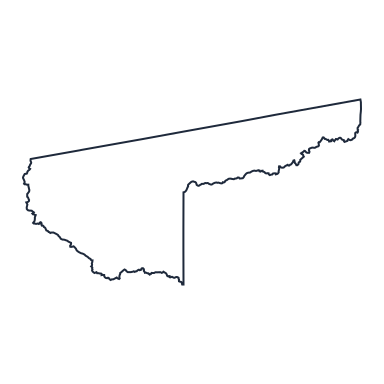 the district of Rio Maria, Pará, Brazil
{"feature_id": "56859067B51957769072993", "entity_name": "Rio Maria", "entity_type": "district", "adm_level": 2, "iso_a3": "BRA", "parent_name": "Brazil", "parent_adm1": "Pará", "projection": "albers", "projection_center": [-49.844, -7.37], "detail": "fine", "context": "isolated", "style": "outline", "palette": "slate", "viewbox_px": 384, "rotation_deg": 0, "n_neighbors": 0, "source": "geoboundaries", "source_scale": "gbopen_adm2", "svg_char_len": 5965}
<svg xmlns="http://www.w3.org/2000/svg" viewBox="0 0 384 384"><path d="M38.8,224.0L39.6,223.5L39.8,222.6L40.7,222.2L41.3,222.7L41.6,223.7L41.4,224.6L41.8,225.6L42.7,225.5L43.5,226.1L43.9,227.0L44.7,227.4L45.3,228.0L46.3,230.4L48.0,231.1L48.6,232.0L49.6,232.2L50.3,233.0L51.6,232.5L53.4,232.5L56.6,234.1L58.0,235.0L58.6,236.1L59.4,236.7L60.0,237.4L60.7,238.7L61.6,239.2L62.6,239.6L63.6,239.6L64.7,239.8L65.7,240.2L67.5,240.8L68.2,241.5L70.0,242.4L71.0,242.8L71.1,243.8L70.7,244.9L70.1,245.8L70.3,246.8L71.4,246.9L72.7,246.6L73.6,246.3L74.7,247.3L76.0,248.8L76.4,249.9L77.0,250.7L77.6,251.2L78.7,252.0L81.2,253.3L82.3,253.5L83.5,254.0L84.7,254.7L85.5,255.6L87.7,256.9L89.0,258.2L90.5,258.9L90.8,259.7L91.6,260.4L92.5,260.4L92.3,262.1L91.8,263.4L92.1,264.5L91.9,265.8L91.2,266.4L92.3,267.5L92.1,268.5L92.5,269.4L92.0,270.2L92.5,271.4L93.6,272.4L94.5,273.0L96.5,272.2L97.1,273.2L98.6,273.2L99.7,273.5L101.0,273.5L101.7,274.1L101.6,275.1L102.7,274.9L104.2,275.0L104.3,276.4L104.8,277.2L105.9,278.0L107.2,278.2L108.0,277.7L109.2,278.4L109.5,279.2L110.7,280.0L111.6,279.4L113.3,279.3L114.3,278.8L115.8,278.0L116.7,277.5L117.4,278.3L119.1,279.0L119.7,278.4L119.4,277.5L119.4,276.5L119.6,275.2L120.1,274.3L120.2,273.0L121.3,272.2L123.3,270.4L124.5,269.5L125.6,270.0L126.5,271.2L127.7,272.1L129.0,272.1L130.1,272.1L131.0,272.1L132.2,271.8L133.0,271.7L133.8,271.3L134.7,271.9L135.6,271.4L136.6,271.3L137.3,270.6L138.0,270.1L138.9,269.7L139.6,270.2L140.5,270.0L141.4,269.6L141.4,268.7L142.1,268.2L143.1,268.3L143.8,269.1L144.0,270.1L143.9,271.1L144.6,271.9L144.9,272.8L145.8,272.6L146.6,272.9L147.5,273.3L148.4,273.3L148.9,274.0L149.7,274.6L150.2,273.9L151.1,273.8L151.6,272.9L152.6,273.0L153.6,273.0L154.4,272.9L155.1,272.4L155.9,272.2L157.1,272.4L158.1,272.2L159.2,272.4L160.0,272.1L160.9,272.4L161.7,272.9L162.7,272.5L163.4,271.7L166.0,273.3L166.7,274.4L167.0,275.4L167.5,276.2L169.5,276.1L169.4,277.0L170.1,277.4L172.0,276.8L173.7,277.7L174.5,277.8L176.2,277.0L177.4,277.1L178.5,277.7L178.5,278.6L179.0,279.4L178.9,280.3L179.0,281.3L180.0,281.7L181.1,281.9L181.8,282.5L181.9,283.6L182.2,284.5L183.5,284.5L183.4,248.3L183.4,228.8L183.5,192.3L184.7,192.0L185.5,191.3L186.2,190.5L187.2,188.3L187.5,187.3L188.1,186.6L188.0,185.1L188.5,184.4L191.0,182.1L192.2,181.5L193.3,181.4L194.2,181.8L195.4,182.1L196.1,182.9L196.7,184.9L197.6,185.5L198.4,185.8L199.2,185.6L200.1,184.9L201.0,184.5L201.7,183.9L203.7,183.9L204.5,183.3L205.4,183.0L206.4,183.2L207.5,183.0L208.4,183.3L209.0,183.9L211.1,184.6L212.0,184.4L212.7,183.9L213.4,183.4L215.1,182.7L216.5,182.5L217.3,182.8L218.4,182.6L219.4,182.9L220.3,183.2L221.4,183.4L222.3,183.2L222.9,182.2L223.8,182.5L224.8,181.9L225.2,181.0L226.0,180.4L226.8,180.1L228.3,179.0L229.0,178.7L230.1,178.7L230.9,178.6L231.6,178.9L233.9,179.2L234.8,178.6L235.6,178.6L236.8,178.3L237.7,177.5L238.8,177.5L239.6,178.5L241.3,178.4L242.8,178.2L243.8,177.1L244.1,176.2L245.5,174.4L246.6,173.3L247.8,172.8L248.9,172.6L249.9,172.6L251.6,171.5L253.0,170.9L254.4,170.6L255.4,170.9L256.4,170.9L258.4,170.2L259.5,170.5L259.5,171.3L260.5,171.6L261.7,170.8L262.6,170.7L262.8,171.5L263.7,171.8L264.5,172.1L265.1,172.9L265.8,173.3L266.7,173.4L267.6,173.2L268.6,173.3L268.8,174.3L269.8,175.1L271.2,174.6L272.2,174.5L273.0,173.5L274.7,173.3L275.8,173.4L275.9,174.3L277.1,174.0L278.0,173.4L278.7,172.3L278.6,171.3L279.1,169.2L279.2,168.3L278.9,167.4L279.1,166.3L280.0,166.3L280.5,167.0L281.2,167.5L282.0,167.7L283.0,167.7L283.9,167.4L285.3,166.0L286.2,165.6L286.9,165.2L287.7,164.8L288.3,165.5L289.4,165.5L290.1,164.7L291.1,164.4L292.8,162.2L293.5,160.5L294.3,160.3L294.6,161.3L294.6,162.2L294.9,163.0L295.6,163.6L296.4,165.2L297.4,165.2L298.5,164.0L298.6,162.8L299.1,162.1L300.0,161.7L300.3,160.9L300.2,160.0L300.8,159.3L301.5,158.7L302.4,157.9L303.8,156.7L303.3,155.9L303.2,155.1L302.6,154.3L301.7,154.1L301.0,153.3L303.6,151.6L304.3,150.8L305.1,151.0L306.4,152.5L307.3,152.8L309.1,152.8L309.5,151.8L309.2,150.9L308.9,150.1L309.0,149.1L309.6,148.5L310.4,148.3L311.4,147.8L312.3,147.6L314.5,147.8L315.4,147.6L316.3,146.9L318.3,146.3L318.9,145.6L318.8,144.6L318.7,143.6L318.4,142.8L318.8,142.1L319.8,142.1L320.9,140.7L321.9,139.2L322.7,137.5L323.6,137.4L324.2,138.1L324.7,138.9L325.5,138.9L327.4,140.0L328.2,139.8L328.9,140.6L329.1,141.5L330.2,141.4L331.2,141.2L331.1,140.2L331.8,139.6L332.5,139.4L333.6,140.8L334.3,141.2L334.6,140.4L335.4,139.9L335.9,139.0L336.7,139.1L337.6,139.5L338.2,138.7L339.1,138.0L340.0,137.7L340.9,138.1L341.5,139.0L342.1,139.6L343.9,140.2L343.9,141.1L344.5,141.9L347.4,140.9L347.8,139.8L348.3,139.1L349.7,140.0L350.7,140.2L352.3,139.5L352.7,138.7L353.7,138.3L354.5,137.8L355.0,137.1L355.3,136.1L355.3,135.2L355.2,133.1L355.9,132.4L356.7,132.2L357.5,132.6L358.0,131.7L357.7,130.6L358.1,129.9L357.6,129.2L357.6,127.9L358.2,127.1L358.7,126.2L359.2,125.3L360.2,124.5L360.4,122.4L360.3,121.6L360.4,117.5L360.5,114.6L360.8,111.9L361.0,109.1L360.9,103.6L360.9,102.3L360.4,99.5L274.8,114.9L250.5,119.5L241.9,121.1L182.4,131.8L140.8,139.4L139.0,139.7L81.6,149.9L79.7,150.3L30.7,159.0L30.5,160.1L30.6,161.1L31.0,161.9L31.2,162.7L31.0,163.5L30.3,164.3L29.9,165.2L29.7,166.0L29.0,166.8L28.7,167.5L29.3,168.4L30.1,168.9L29.5,169.7L28.4,170.5L27.8,171.1L27.3,172.0L27.2,172.9L26.7,173.7L25.5,173.8L24.7,174.0L23.8,175.6L23.4,176.4L23.0,177.5L23.2,178.5L23.7,179.3L24.3,180.8L24.7,182.0L24.4,182.9L24.0,183.7L24.7,184.3L25.7,184.2L26.5,184.6L27.4,184.7L28.3,184.7L28.3,185.5L28.6,187.0L28.9,188.1L29.0,188.9L29.3,189.7L29.3,190.9L28.9,191.9L28.3,192.6L27.8,193.4L27.2,194.0L27.2,195.0L27.2,196.8L28.0,197.4L28.7,199.3L29.1,200.0L28.9,201.1L28.1,201.8L27.2,202.2L26.3,202.4L27.4,204.5L27.1,205.7L26.7,207.3L26.8,209.0L27.4,209.7L28.1,210.3L29.5,210.6L30.6,210.6L31.7,210.7L32.5,211.4L33.9,212.4L33.4,213.1L32.4,213.6L33.0,214.3L33.9,214.3L34.6,214.8L35.7,215.1L35.0,216.9L34.8,217.8L34.9,218.7L34.7,220.3L34.3,221.5L33.6,222.2L33.1,222.9L33.7,223.5L35.0,223.6L36.0,223.9L37.1,223.7L37.9,223.5L38.8,224.0Z" fill="none" stroke="#1e293b" stroke-width="2"/></svg>